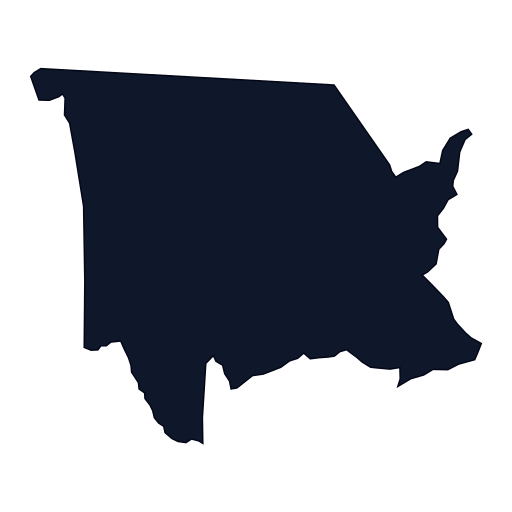 outline of Capivari do Sul, Rio Grande do Sul, Brazil
{"feature_id": "56859067B15190363364633", "entity_name": "Capivari do Sul", "entity_type": "district", "adm_level": 2, "iso_a3": "BRA", "parent_name": "Brazil", "parent_adm1": "Rio Grande do Sul", "projection": "robinson", "projection_center": [-50.485, -30.147], "detail": "fine", "context": "isolated", "style": "filled", "palette": "ink", "viewbox_px": 512, "rotation_deg": 0, "n_neighbors": 0, "source": "geoboundaries", "source_scale": "gbopen_adm2", "svg_char_len": 1513}
<svg xmlns="http://www.w3.org/2000/svg" viewBox="0 0 512 512"><path d="M427.6,271.9L436.1,263.9L438.8,249.2L444.1,243.6L446.5,239.2L437.6,227.3L437.5,215.8L443.4,208.3L448.1,199.7L456.9,194.4L452.7,186.3L453.3,180.4L457.5,171.2L459.7,152.1L465.1,139.5L471.7,134.2L468.2,129.4L461.1,131.7L450.3,138.1L442.7,150.4L439.9,163.5L426.2,161.8L419.6,166.3L403.6,172.4L395.8,177.2L391.7,171.5L389.6,164.9L334.0,85.0L40.8,68.6L34.3,72.5L30.7,76.4L39.0,100.0L49.3,100.3L58.8,96.7L62.5,93.9L65.1,98.1L64.5,115.0L69.6,123.1L74.9,152.3L83.6,206.3L84.8,281.3L84.2,347.4L91.0,350.2L97.9,349.9L100.9,345.8L106.3,345.8L110.8,342.1L120.7,341.0L124.4,349.4L128.5,357.7L131.0,365.3L131.6,372.2L138.4,382.6L139.1,389.0L144.6,392.9L145.0,398.6L150.0,405.1L152.7,410.7L154.4,417.8L158.7,423.1L163.7,426.3L165.1,432.7L171.9,438.5L178.0,441.5L186.0,442.6L191.5,439.0L198.8,440.9L202.8,443.4L202.4,417.8L205.8,363.4L213.4,355.6L216.0,361.3L222.6,365.2L224.7,373.7L229.5,381.0L231.1,389.0L237.0,387.9L252.5,375.6L263.2,374.1L272.6,370.5L276.6,368.9L280.8,367.3L289.6,360.9L297.7,358.3L303.7,353.1L310.3,358.8L318.9,357.7L328.4,357.0L334.4,356.1L339.8,351.7L346.6,349.7L350.9,353.0L356.6,357.2L362.4,362.2L370.5,367.2L375.9,367.8L390.0,369.1L399.9,367.5L400.2,378.9L397.8,386.5L410.8,378.7L423.7,375.0L433.0,369.4L447.8,369.7L458.7,364.1L474.7,359.7L477.8,352.5L481.3,343.5L471.0,337.8L465.6,333.0L457.3,324.0L453.7,319.1L448.3,302.4L443.9,297.3L431.9,284.8L422.2,275.1L427.6,271.9Z" fill="#0f172a" stroke="#020617" stroke-width="1.5"/></svg>